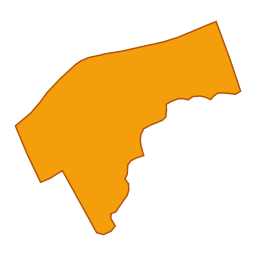 outline of Embakasi Central, Nairobi, Kenya
{"feature_id": "3690345B7468433818255", "entity_name": "Embakasi Central", "entity_type": "district", "adm_level": 2, "iso_a3": "KEN", "parent_name": "Kenya", "parent_adm1": "Nairobi", "projection": "orthographic", "projection_center": [36.92, -1.27], "detail": "fine", "context": "isolated", "style": "filled", "palette": "amber", "viewbox_px": 256, "rotation_deg": 0, "n_neighbors": 0, "source": "geoboundaries", "source_scale": "gbopen_adm2", "svg_char_len": 904}
<svg xmlns="http://www.w3.org/2000/svg" viewBox="0 0 256 256"><path d="M230.4,60.5L216.1,21.5L208.4,24.6L198.9,28.6L177.6,37.5L173.5,38.7L163.1,42.0L141.7,46.7L121.2,51.3L105.2,53.8L99.5,55.3L88.9,57.5L81.0,60.8L75.5,64.6L59.9,79.0L47.1,92.6L40.3,101.9L30.8,113.0L15.4,125.9L26.8,153.3L40.6,182.3L49.6,178.5L62.4,170.6L96.7,232.7L103.7,234.5L111.2,231.1L115.2,226.0L112.9,222.0L110.7,218.3L111.3,213.6L115.9,211.8L119.7,205.9L124.2,199.5L127.3,195.4L128.8,189.9L128.5,183.7L125.0,179.1L127.3,174.0L127.7,165.1L130.8,160.8L136.4,157.9L143.7,155.5L142.3,150.7L140.8,144.7L140.3,140.1L140.9,134.6L143.7,128.8L150.5,125.1L156.1,122.9L162.6,120.1L165.8,116.9L166.5,110.8L166.3,104.2L171.1,101.5L178.4,98.7L183.8,98.7L188.0,99.9L192.7,96.6L199.9,96.0L205.4,97.1L210.7,99.5L214.2,95.6L218.0,93.1L223.4,93.0L228.6,93.4L235.4,94.3L240.6,91.1L230.4,60.5Z" fill="#f59e0b" stroke="#b45309" stroke-width="1.5"/></svg>